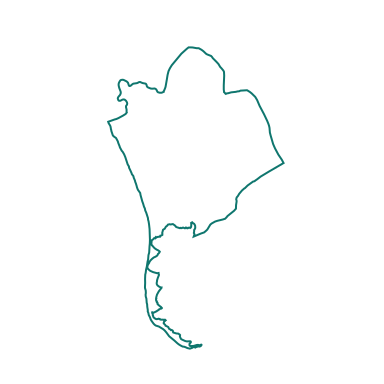 outline of Yaring, Pattani, Thailand, rotated 236°
{"feature_id": "78962969B69014167770577", "entity_name": "Yaring", "entity_type": "district", "adm_level": 2, "iso_a3": "THA", "parent_name": "Thailand", "parent_adm1": "Pattani", "projection": "orthographic", "projection_center": [101.357, 6.855], "detail": "fine", "context": "isolated", "style": "outline", "palette": "teal", "viewbox_px": 384, "rotation_deg": 236, "n_neighbors": 0, "source": "geoboundaries", "source_scale": "gbopen_adm2", "svg_char_len": 5971}
<svg xmlns="http://www.w3.org/2000/svg" viewBox="0 0 384 384"><g transform="rotate(236 192 192)"><path d="M302.3,280.2L304.6,279.4L307.4,278.0L308.6,276.3L311.6,273.2L313.8,270.0L313.6,267.6L312.6,260.5L308.4,246.1L306.9,242.8L305.3,240.1L302.7,237.2L299.6,234.3L294.0,228.9L293.0,227.6L291.7,225.6L291.3,224.7L290.9,224.6L291.1,223.1L291.4,222.1L292.3,220.8L293.7,219.6L294.5,219.4L296.7,219.7L297.8,219.5L298.7,218.9L299.9,216.8L300.8,215.7L302.2,214.7L303.7,213.8L304.4,213.7L305.2,213.8L306.2,214.2L307.2,214.3L307.8,214.1L310.0,211.9L312.2,210.5L312.7,209.6L312.9,207.8L313.1,207.1L314.6,204.0L314.7,203.0L314.4,200.5L314.7,199.6L314.9,199.4L315.5,199.2L318.3,200.0L319.2,199.9L320.3,199.6L322.8,198.2L323.7,197.5L324.5,196.0L324.6,195.1L324.1,193.8L323.3,192.4L322.9,191.9L321.8,191.0L320.2,190.3L318.7,189.8L315.2,189.0L314.2,188.5L313.5,187.9L312.7,186.6L312.1,184.4L311.7,183.5L311.4,183.1L310.9,182.7L309.3,182.3L308.7,182.4L308.3,182.7L307.7,183.7L307.5,185.8L307.2,186.7L306.6,187.5L306.0,187.9L304.5,188.3L302.7,188.2L301.8,187.9L301.2,187.4L300.8,187.0L300.2,185.5L299.8,185.1L299.2,184.7L297.0,183.9L294.9,182.5L294.4,182.4L293.8,180.6L293.9,177.6L294.4,172.4L294.8,170.1L295.4,168.4L297.1,161.8L295.8,161.4L294.1,161.3L293.2,161.3L292.0,161.1L289.9,160.2L289.4,159.9L288.5,159.7L287.8,159.3L283.1,158.0L281.3,158.4L279.6,159.1L279.1,159.2L275.4,158.8L273.9,158.3L270.2,157.5L269.4,157.2L265.5,156.8L264.1,157.0L261.2,156.8L258.2,156.2L250.8,154.1L248.5,154.0L247.3,153.4L244.0,152.9L241.2,152.4L240.3,152.1L238.3,152.3L237.7,152.2L236.5,151.7L233.4,151.1L232.1,150.6L230.3,150.2L227.7,149.4L227.0,149.1L225.1,148.6L223.9,148.4L220.2,148.5L218.2,147.6L211.9,145.5L209.8,145.0L206.7,144.0L204.7,143.7L202.8,142.9L200.5,142.5L195.0,140.9L193.6,140.1L192.0,139.6L189.4,138.4L185.0,136.1L175.9,130.4L173.0,128.3L170.7,126.4L165.7,122.6L164.0,120.6L160.5,117.8L159.2,116.3L155.4,112.8L153.3,110.5L150.9,108.4L149.6,107.0L146.2,104.5L142.8,102.3L140.1,100.3L138.8,99.4L136.1,98.5L134.0,97.2L132.8,96.1L131.2,95.2L129.0,94.5L125.5,92.5L124.0,92.0L121.8,90.7L118.8,89.3L117.7,88.5L116.2,88.2L114.3,87.4L111.7,87.1L109.4,86.5L107.9,86.4L104.5,86.5L102.8,86.8L101.5,87.3L99.0,89.3L94.4,91.4L92.6,91.9L89.9,92.2L85.1,92.4L78.8,94.3L74.7,95.3L72.9,95.9L71.3,96.6L69.1,97.8L68.1,99.0L66.7,100.0L65.2,100.9L63.3,102.7L62.7,105.0L62.7,106.0L62.3,107.1L61.2,107.7L61.1,108.9L60.4,111.0L59.7,111.7L59.4,112.7L59.5,113.6L59.9,114.4L60.2,114.4L60.4,114.1L60.6,112.7L61.9,111.5L62.5,110.4L63.4,107.5L63.8,106.7L64.5,105.7L64.7,105.0L65.8,104.2L66.2,104.2L66.8,104.5L67.5,105.0L68.0,106.9L68.3,107.2L68.8,107.3L69.3,107.0L71.0,104.2L72.3,103.0L75.4,101.1L76.5,100.7L78.8,101.1L79.5,101.5L80.0,102.1L80.6,102.1L82.3,101.4L83.5,99.9L86.0,97.9L86.8,98.0L87.1,98.3L87.8,98.5L89.0,98.0L89.2,97.8L89.3,97.3L90.4,97.1L91.4,96.5L93.3,96.8L94.5,96.2L95.9,95.3L96.6,95.5L98.8,95.1L99.2,95.2L99.3,95.4L100.3,96.6L100.2,97.7L100.4,98.2L100.4,98.4L101.1,98.3L103.6,94.8L104.1,94.3L104.8,94.3L105.3,93.6L105.6,93.5L106.2,91.8L106.5,91.4L107.4,90.7L108.0,90.6L108.5,90.3L109.8,90.1L110.5,90.2L111.3,90.6L111.9,90.6L112.8,91.3L113.7,91.3L114.2,91.4L114.5,91.8L114.0,92.1L113.6,92.7L113.3,93.2L113.2,94.0L113.0,95.8L112.9,95.9L113.0,96.7L112.9,97.4L113.1,99.0L112.9,99.2L113.0,100.6L112.4,101.7L111.8,102.0L112.3,102.0L112.7,102.2L113.6,102.0L114.1,102.0L115.4,101.5L117.6,100.9L118.5,100.8L119.1,101.4L119.8,101.2L120.4,101.2L120.8,101.3L120.9,101.5L121.0,101.4L122.6,101.8L123.0,102.1L123.6,102.8L123.8,102.7L124.7,103.5L126.5,105.6L128.2,108.9L129.6,113.2L129.8,113.3L129.9,112.7L130.2,112.6L131.2,112.3L131.7,111.9L133.7,111.2L135.0,111.2L135.8,111.5L136.7,112.2L137.8,113.3L138.2,113.5L139.9,115.6L141.6,118.1L142.0,118.4L143.1,118.7L143.6,119.0L143.8,118.6L144.0,117.8L147.4,114.9L149.5,113.6L150.2,113.2L152.6,112.6L153.9,112.6L154.4,112.7L155.5,113.7L156.3,114.7L157.3,117.0L157.9,117.7L158.5,119.4L158.9,121.5L159.1,123.7L158.7,125.9L158.8,126.4L158.7,127.2L158.9,128.0L159.7,129.3L159.7,129.9L160.0,130.9L160.5,131.9L160.8,131.9L161.8,131.6L163.2,131.0L163.7,130.6L165.9,129.7L167.2,129.4L169.8,129.1L170.3,128.9L171.7,129.3L174.5,131.6L174.5,133.6L174.9,134.6L174.7,135.2L174.2,135.6L174.5,136.0L174.4,136.3L174.6,136.5L174.2,136.6L174.1,136.9L174.3,137.9L174.0,138.2L173.6,139.2L172.8,140.6L173.5,141.3L173.1,142.2L173.0,143.4L174.1,144.2L174.6,144.3L176.9,146.9L176.8,148.9L177.7,150.6L177.9,151.4L177.9,152.5L178.4,153.8L177.8,155.4L177.1,156.0L176.1,158.2L173.9,159.1L173.4,159.1L172.9,159.3L172.2,159.2L171.3,159.7L168.8,161.7L168.6,162.5L168.4,162.5L167.9,163.1L167.7,163.6L167.7,164.0L167.5,164.7L166.0,165.7L165.8,166.0L166.0,167.0L165.4,167.6L165.2,167.5L164.9,167.5L164.5,167.8L164.3,168.3L164.2,169.6L163.8,170.1L163.2,170.3L163.2,170.9L163.5,171.6L164.2,172.3L166.3,173.8L166.8,173.9L166.8,175.2L165.2,175.5L164.7,175.9L164.3,176.0L163.0,175.9L162.2,175.7L160.4,174.6L159.5,173.2L159.5,172.8L158.7,172.1L157.8,171.5L157.0,170.6L155.9,170.5L154.8,170.1L154.9,169.5L154.1,168.5L152.6,176.1L151.7,179.5L152.0,182.0L152.3,183.7L154.7,188.9L154.9,190.6L154.6,194.6L153.9,197.0L152.0,202.1L151.3,204.6L151.9,207.2L152.2,207.9L152.9,216.3L153.6,219.1L156.5,221.2L159.1,223.6L160.1,224.2L161.3,224.6L162.5,226.0L163.0,227.8L164.1,230.1L165.3,234.3L165.7,237.3L165.6,238.0L166.3,241.8L166.5,248.5L166.1,249.4L166.0,250.4L166.1,250.7L166.1,252.9L166.4,257.6L165.9,267.5L164.8,284.1L168.5,284.5L174.7,284.5L181.6,285.2L184.4,285.7L186.5,286.1L194.9,288.8L197.7,289.8L201.8,292.1L203.8,292.9L206.0,293.5L208.9,294.1L216.2,295.2L225.6,296.2L231.8,297.4L235.5,297.6L240.4,296.6L242.6,295.9L245.3,294.7L245.6,294.5L248.9,288.9L249.2,287.2L249.9,286.1L250.5,284.4L252.7,280.2L253.6,277.4L254.4,275.7L254.4,274.9L254.9,274.7L256.4,274.6L256.8,274.4L259.3,275.7L262.7,278.0L270.4,283.7L273.7,285.7L275.1,285.9L278.2,285.6L279.9,285.3L283.3,285.5L286.0,285.1L291.2,284.1L292.9,284.1L294.1,283.9L297.6,281.5L298.6,281.0L302.3,280.2Z" fill="none" stroke="#0f766e" stroke-width="2"/></g></svg>